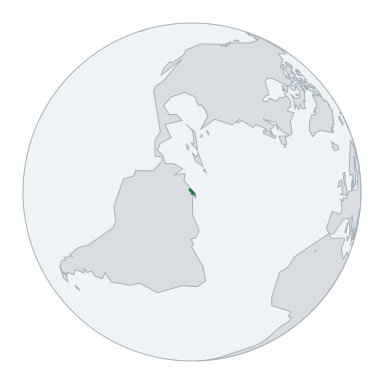 Sucre on an orthographic globe, rotated 53°
{"feature_id": "VEN-49", "entity_name": "Sucre", "entity_type": "State", "adm_level": 1, "iso_a3": "VEN", "parent_name": "Venezuela", "parent_adm1": "", "projection": "orthographic", "projection_center": [-63.33, 10.402], "detail": "fine", "context": "on_globe", "style": "filled", "palette": "green", "viewbox_px": 384, "rotation_deg": 53, "n_neighbors": 0, "source": "natural_earth", "source_scale": "10m", "svg_char_len": 10061}
<svg xmlns="http://www.w3.org/2000/svg" viewBox="0 0 384 384"><g transform="rotate(53 192 192)"><circle cx="192" cy="192" r="169" fill="#eef3f6" stroke="#a8b0b8"/><path d="M149.1,197.1L145.4,195.1L141.4,200.0L128.8,191.1L124.7,180.9L88.5,162.0L85.4,156.6L86.4,148.3L79.7,120.6L80.1,146.0L76.4,140.7L74.6,131.4L77.0,129.5L77.5,116.4L75.0,111.2L79.2,95.7L93.1,77.9L93.1,80.9L96.5,76.7L96.7,73.0L96.0,71.6L107.8,56.2L110.3,48.4L105.4,49.8L110.9,46.9L97.9,52.7L95.6,53.3L101.7,50.5L105.0,48.7L105.1,47.7L108.6,45.7L110.6,44.2L114.7,42.1L117.9,41.2L120.6,40.0L120.6,39.4L124.7,37.4L124.3,38.3L131.4,34.9L138.1,34.0L133.8,40.1L140.9,39.7L145.6,46.8L148.6,45.1L152.3,47.4L157.2,46.5L156.7,48.6L161.0,46.1L160.5,44.4L162.3,42.9L165.1,42.4L165.0,44.8L163.5,45.4L164.9,45.8L163.6,47.4L165.9,46.3L165.3,49.6L170.0,45.7L173.1,47.8L171.6,50.2L166.3,50.7L149.8,59.5L146.7,63.1L147.5,67.0L160.7,72.1L159.4,76.1L161.8,80.8L164.9,77.9L164.2,73.3L170.7,69.7L169.1,65.1L171.5,63.2L172.0,58.5L177.7,58.5L183.1,61.2L183.0,65.3L185.3,66.8L190.2,62.7L194.5,70.6L205.3,76.9L205.8,79.3L198.2,83.7L186.2,83.8L176.4,91.5L188.7,86.0L189.7,93.1L192.3,94.3L195.7,93.9L197.7,91.2L199.2,93.8L187.7,99.6L186.0,97.3L189.7,95.4L184.1,95.7L176.3,100.6L177.4,104.2L164.5,109.3L165.1,112.2L162.6,115.2L162.5,110.1L162.5,119.6L147.4,130.1L147.2,147.6L141.0,133.8L134.9,132.1L127.4,132.2L127.1,135.0L117.5,132.5L108.0,138.0L103.5,151.8L105.9,162.7L116.8,163.7L120.5,157.8L128.8,157.0L121.8,173.0L136.0,175.9L134.0,188.0L138.0,194.5L145.4,193.1L153.0,196.4L158.7,189.4L167.8,185.7L167.7,195.6L173.0,186.6L177.9,191.4L196.2,191.1L194.7,193.3L210.1,204.9L227.1,209.6L231.0,216.6L228.9,221.1L234.9,222.2L235.0,225.1L258.9,228.3L271.2,234.6L270.9,244.5L260.7,256.6L251.7,280.2L233.4,288.6L229.0,297.7L215.1,310.7L204.0,309.9L207.4,316.0L201.4,319.7L194.3,320.0L193.3,324.1L188.0,324.2L191.7,326.9L183.8,331.9L186.8,336.1L181.2,339.9L183.3,342.1L181.0,342.0L178.7,342.8L178.7,344.0L171.2,341.7L168.3,336.5L170.4,333.9L167.3,333.3L171.6,326.3L168.5,327.6L168.0,316.3L171.9,306.6L173.1,276.7L169.2,270.4L156.1,262.8L140.3,238.6L144.2,228.9L140.9,224.1L151.8,210.4L149.1,197.1ZM32.3,136.9L33.7,133.2L32.8,135.8L32.3,136.9ZM34.5,130.8L34.0,132.1L34.5,131.0L34.5,130.8ZM34.9,129.9L34.6,130.5L34.7,130.2L34.9,129.9ZM145.8,153.6L162.2,162.5L152.4,163.3L154.3,161.8L150.3,158.2L142.6,154.7L134.2,156.3L145.8,153.6ZM154.2,144.1L151.3,143.3L154.2,143.3L154.2,144.1ZM95.1,71.4L96.3,73.2L94.9,77.6L93.5,76.2L95.1,71.4ZM98.4,64.0L99.9,63.9L96.0,67.8L96.4,66.6L98.4,64.0ZM101.1,51.5L101.5,52.0L100.0,52.3L101.1,51.5ZM110.2,44.4L109.0,45.0L110.6,44.1L110.2,44.4ZM168.8,58.9L170.3,58.8L169.4,59.7L168.8,58.9ZM167.5,57.2L165.4,58.5L164.4,57.9L165.8,57.1L167.5,57.2ZM118.3,40.1L121.2,38.7L118.8,39.9L118.3,40.1ZM170.4,55.9L163.1,56.7L161.5,55.7L165.4,52.1L170.4,55.9ZM134.8,33.0L137.8,32.0L128.7,35.4L126.1,36.7L125.7,36.7L123.2,37.7L128.8,35.3L134.8,33.0ZM159.2,44.2L159.8,45.9L156.7,45.1L159.2,44.2ZM156.7,44.1L144.6,44.5L145.2,42.0L149.1,42.2L147.7,39.7L153.8,38.2L156.0,39.3L154.5,41.1L158.0,39.2L156.7,44.1ZM142.0,30.7L144.2,30.0L142.5,30.6L142.0,30.7ZM162.7,42.3L160.3,42.4L160.5,40.2L165.5,39.5L163.8,40.4L162.7,42.3ZM144.2,40.0L145.3,38.4L150.6,36.7L151.8,36.0L154.0,38.0L144.2,40.0ZM165.2,40.7L168.1,39.3L170.5,39.9L165.2,42.0L165.2,40.7ZM158.5,40.0L158.8,39.0L160.3,39.3L158.5,40.0ZM180.8,42.0L177.9,41.9L177.7,40.7L180.8,42.0ZM169.0,38.7L168.1,38.6L167.8,38.1L170.1,37.5L169.0,38.7ZM157.6,36.8L159.6,36.5L157.0,35.8L160.8,34.8L161.6,36.5L162.9,35.3L164.1,35.0L163.4,36.8L157.6,36.8ZM171.3,35.6L173.7,37.9L179.3,38.1L179.5,39.1L170.5,38.6L171.3,35.6ZM166.8,36.1L169.6,36.0L168.5,37.1L165.8,37.9L166.8,36.1ZM163.2,33.6L157.0,34.7L157.1,34.4L163.2,33.6ZM173.2,35.4L172.6,34.9L173.7,35.3L173.2,35.4ZM166.5,33.8L164.3,34.2L164.4,33.8L166.5,33.8ZM173.2,33.7L173.9,34.4L172.1,34.9L173.2,33.7ZM170.3,33.6L170.9,32.9L171.0,34.7L169.3,33.8L170.3,33.6ZM166.9,33.3L166.3,33.2L167.8,33.3L166.9,33.3ZM179.5,31.8L180.0,33.9L176.1,34.8L176.1,32.6L179.5,31.8ZM184.0,346.3L171.9,342.5L178.6,344.3L182.5,342.5L189.1,345.2L184.0,346.3ZM195.9,341.5L200.8,340.4L202.2,341.0L199.1,342.0L195.9,341.5ZM326.2,89.3L327.5,92.4L322.4,86.6L316.6,78.1L316.0,77.2L326.2,89.3ZM309.5,70.6L309.2,70.3L307.0,68.3L309.5,70.6ZM304.9,66.3L307.6,68.9L309.5,70.6L311.8,73.1L310.2,71.7L308.4,69.9L307.8,69.8L316.4,79.2L319.3,82.0L320.6,86.3L325.6,91.6L327.6,95.2L319.9,87.6L317.1,84.2L306.7,78.0L309.7,81.7L319.8,88.1L318.7,88.2L322.9,94.1L318.9,89.6L307.0,82.5L305.1,87.4L310.7,104.5L307.9,107.5L301.9,106.5L291.8,91.7L299.2,86.8L295.7,82.3L287.4,77.6L290.3,76.8L287.8,74.5L289.9,72.8L286.1,66.0L287.2,64.1L279.2,57.6L278.7,56.0L283.6,60.2L287.6,62.4L289.6,59.0L288.0,57.2L282.6,53.4L283.9,53.3L278.4,50.2L276.3,47.4L274.3,48.4L267.9,44.9L263.1,41.5L260.6,40.8L268.4,46.4L271.9,48.6L275.5,50.0L284.6,57.2L285.3,59.4L274.4,53.2L274.2,55.9L265.8,50.6L249.8,37.4L246.5,34.4L254.7,35.6L259.3,37.7L258.6,38.1L265.3,40.4L261.8,38.9L262.8,39.0L257.0,36.4L257.4,36.4L251.1,34.1L251.0,33.9L255.0,35.3L246.3,32.0L245.9,31.9L258.8,36.8L271.2,42.7L283.1,49.7L294.3,57.6L304.9,66.3ZM139.8,31.3L137.8,32.0L134.8,33.0L139.8,31.3ZM338.2,107.3L337.8,106.6L338.2,107.4L343.9,117.9L348.7,128.9L352.8,140.1L356.1,151.6L358.5,163.3L360.1,175.1L360.9,187.0L360.8,199.0L359.9,210.9L358.1,222.7L355.6,234.4L352.2,245.8L348.0,257.0L343.0,267.9L337.2,278.4L330.8,288.4L330.4,288.9L334.3,283.0L339.4,273.1L348.3,247.3L353.0,233.4L354.5,223.8L352.8,204.6L353.5,191.9L352.0,187.7L349.5,190.4L347.3,185.4L345.5,186.2L330.6,196.7L323.5,191.0L309.0,170.4L309.8,160.1L305.5,149.6L307.5,108.2L313.0,108.3L320.3,98.3L322.2,98.8L326.8,106.7L336.7,111.7L333.4,104.2L336.9,105.7L336.0,103.6L338.2,107.3ZM312.7,127.3L314.1,130.5L312.7,127.3ZM196.8,190.9L199.0,192.8L196.0,192.9L196.8,190.9ZM150.8,167.4L154.4,167.7L156.2,169.3L153.4,169.7L150.8,167.4ZM181.5,168.1L185.7,169.0L181.2,169.8L181.5,168.1ZM164.8,163.7L178.1,167.8L169.4,170.5L161.0,168.1L166.9,167.4L164.8,163.7ZM152.0,149.7L154.2,150.5L153.4,152.2L152.0,149.7ZM156.3,144.1L155.4,144.3L154.4,142.8L156.3,144.1ZM190.3,92.7L191.3,92.3L194.7,92.6L192.9,93.7L190.3,92.7ZM210.6,87.4L212.7,91.7L209.9,89.2L207.9,91.3L199.7,89.1L205.6,80.5L204.4,84.6L210.6,87.4ZM190.4,84.4L194.9,86.3L189.7,84.6L190.4,84.4ZM271.9,65.5L274.8,66.1L277.3,68.9L275.8,72.6L272.2,68.4L271.9,65.5ZM278.4,66.4L267.9,60.1L268.4,58.0L269.9,60.1L271.3,59.4L274.1,62.8L284.7,67.5L287.6,70.5L283.3,74.9L283.2,71.6L280.3,71.0L278.4,66.4ZM240.4,52.0L235.9,50.4L242.8,47.7L246.2,49.5L245.0,53.0L240.2,52.9L240.4,52.0ZM178.7,50.0L176.5,50.5L176.5,49.7L178.4,48.6L178.7,50.0ZM179.5,42.1L188.2,47.5L186.1,48.2L193.7,51.2L191.3,54.3L186.4,52.1L190.2,57.1L184.9,56.4L188.1,59.7L177.6,54.6L172.9,54.6L179.1,53.3L181.4,50.3L181.1,49.1L176.6,45.6L167.7,44.7L168.7,42.0L171.7,40.5L174.0,40.3L172.6,41.9L176.6,40.5L176.4,42.9L179.5,42.1ZM206.4,30.0L204.0,30.9L211.9,30.6L211.8,32.0L212.7,31.9L214.7,33.3L218.8,35.0L218.0,35.6L219.9,36.0L221.3,37.1L223.7,38.0L223.0,39.6L225.9,40.8L224.0,40.9L229.1,42.7L225.0,42.1L226.4,43.9L229.7,43.5L220.0,52.4L219.2,57.5L220.7,62.2L213.4,61.2L207.2,56.4L202.7,50.5L204.5,46.1L200.8,46.7L200.7,44.9L203.6,45.2L198.9,43.8L199.6,42.5L195.5,38.7L188.3,38.0L186.7,36.9L189.8,36.5L185.9,35.6L190.7,34.3L189.6,33.5L193.2,31.6L199.9,31.8L198.2,30.9L200.8,29.8L206.4,30.0ZM180.7,31.3L188.7,30.5L192.6,31.1L184.7,34.2L185.0,35.1L180.0,37.6L174.6,36.8L176.5,36.1L177.1,35.3L178.6,35.9L177.8,34.8L180.4,33.9L180.5,32.9L183.1,32.9L180.7,31.3ZM320.9,95.2L321.7,95.0L322.2,93.8L324.9,97.8L320.9,95.2ZM313.0,90.4L313.3,89.4L317.3,93.9L316.4,94.4L313.0,90.4ZM310.0,85.3L312.9,89.0L310.8,87.3L310.0,85.3ZM283.4,59.2L283.3,58.2L284.6,59.0L286.3,60.6L283.4,59.2ZM230.0,31.4L228.0,31.3L227.1,31.0L221.1,30.1L220.8,29.2L224.2,29.4L230.0,31.4ZM328.6,92.5L330.3,94.9L329.6,94.0L328.9,93.0L328.2,92.0L328.6,92.5ZM329.0,96.3L330.4,96.9L329.7,97.4L329.0,96.3ZM228.6,30.3L226.2,29.9L227.5,29.8L228.6,30.3ZM220.2,28.6L221.2,28.2L220.0,29.0L220.2,28.6ZM222.1,25.8L230.8,27.7L236.9,29.2L239.9,30.0L239.4,30.0L230.1,27.6L222.1,25.8ZM200.0,23.2L199.9,23.2L199.7,23.2L200.0,23.2ZM202.9,23.4L204.2,23.6L201.1,23.4L200.5,23.3L202.0,23.3L202.9,23.4ZM216.8,25.9L219.4,26.4L218.2,26.5L216.8,25.9ZM143.6,30.1L144.1,30.0L142.4,30.5L143.6,30.1Z" fill="#d9dde1" stroke="#a8b0b8" stroke-width="1"/><path d="M188.5,192.4L188.6,192.5L188.7,192.4L188.8,192.4L189.0,192.3L188.9,192.2L188.9,192.3L188.7,192.3L188.7,192.2L188.8,192.2L189.0,192.2L188.9,192.1L189.0,192.1L188.9,192.1L189.0,192.0L189.3,191.9L189.5,191.8L189.9,191.8L190.0,191.9L190.3,191.8L190.5,191.9L191.0,191.8L191.1,191.7L190.9,191.7L190.7,191.6L190.3,191.5L190.2,191.5L189.9,191.5L190.0,191.4L189.9,191.4L189.9,191.5L189.6,191.5L189.4,191.6L189.2,191.4L189.3,191.3L189.3,191.2L189.3,191.3L189.5,191.3L189.8,191.3L190.0,191.3L190.3,191.3L190.5,191.3L190.5,191.2L190.8,191.2L191.1,191.3L191.4,191.3L191.5,191.2L191.8,191.2L192.0,191.2L192.3,191.2L192.5,191.0L192.9,191.1L193.0,191.1L193.4,191.1L193.5,191.1L193.8,190.9L193.9,191.0L194.0,191.0L194.3,191.0L194.7,191.1L195.1,191.1L195.3,191.1L195.5,191.1L195.8,191.1L196.0,191.0L196.3,191.0L196.2,191.0L196.0,191.3L195.9,191.3L195.7,191.3L195.3,191.3L195.2,191.3L194.9,191.6L194.7,191.6L194.4,191.6L194.1,191.5L193.9,191.5L193.3,191.6L193.2,191.6L193.0,191.8L192.9,191.8L193.0,191.8L193.2,191.7L193.3,191.6L193.4,191.8L193.4,192.0L193.1,192.0L192.9,192.1L193.0,192.0L193.0,192.3L192.9,192.4L193.1,192.4L193.1,192.2L193.3,192.1L193.5,192.0L193.8,192.2L193.9,192.3L193.9,192.5L194.0,192.7L194.0,192.8L193.9,193.0L193.7,193.0L193.7,192.9L193.5,193.0L193.4,193.0L193.4,192.9L193.3,193.0L193.3,192.9L193.2,192.9L192.9,192.9L192.8,192.7L192.7,192.6L192.4,192.7L192.2,192.6L191.9,192.5L191.8,192.4L191.7,192.3L191.4,192.3L191.4,192.5L191.2,192.5L190.9,192.6L190.7,192.7L190.6,192.8L190.2,192.9L189.9,192.8L189.6,192.9L189.4,193.0L189.3,192.9L189.2,192.9L188.9,192.9L188.8,192.7L188.7,192.6L188.5,192.4ZM193.9,192.1L194.0,192.2L193.9,192.3L193.9,192.2L193.7,192.0L193.6,191.9L193.6,191.7L193.7,191.8L193.8,191.9L193.9,192.1Z" fill="#22c55e" stroke="#15803d" stroke-width="1.5"/></g></svg>